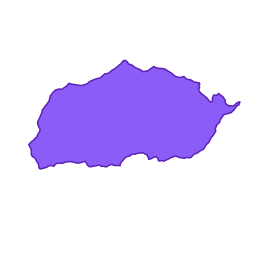 Qomoqomong, Quthing, Lesotho, rotated 121°
{"feature_id": "5366337B91724059499872", "entity_name": "Qomoqomong", "entity_type": "district", "adm_level": 2, "iso_a3": "LSO", "parent_name": "Lesotho", "parent_adm1": "Quthing", "projection": "robinson", "projection_center": [27.812, -30.459], "detail": "fine", "context": "isolated", "style": "filled", "palette": "violet", "viewbox_px": 256, "rotation_deg": 121, "n_neighbors": 0, "source": "geoboundaries", "source_scale": "gbopen_adm2", "svg_char_len": 3909}
<svg xmlns="http://www.w3.org/2000/svg" viewBox="0 0 256 256"><g transform="rotate(121 128 128)"><path d="M193.3,204.6L196.3,199.8L198.9,198.2L200.4,197.3L200.9,196.5L201.6,195.5L201.6,194.1L201.6,193.0L202.4,190.9L203.4,189.5L203.8,188.9L204.5,187.0L205.9,185.5L207.1,184.6L207.8,183.8L208.4,183.1L208.2,182.0L206.9,180.6L204.8,178.6L203.6,177.5L201.9,176.7L201.2,176.3L200.0,175.0L199.3,173.0L199.0,171.8L198.0,171.8L195.9,171.4L195.0,170.6L194.5,170.2L193.7,168.9L192.5,167.0L191.4,165.3L189.5,164.3L189.0,163.5L188.0,162.2L186.9,161.0L186.7,160.5L186.2,159.4L185.9,158.6L185.3,157.0L184.6,154.4L183.8,152.6L181.6,150.3L180.4,149.2L178.7,147.7L179.3,146.0L180.0,145.0L180.8,143.3L181.1,141.5L180.3,139.8L178.5,137.9L177.6,136.9L176.5,135.7L176.2,135.3L174.4,133.2L174.7,131.9L174.4,130.5L173.4,129.4L172.8,127.0L171.8,126.1L170.1,125.2L169.3,124.6L168.6,124.2L167.4,123.1L167.4,120.7L166.3,119.0L165.5,117.6L164.3,115.4L163.1,116.0L162.0,116.1L161.1,116.1L160.4,116.1L158.3,115.7L157.3,115.5L156.4,115.3L154.7,115.0L152.7,113.9L151.4,112.1L150.3,111.9L147.9,110.6L146.7,108.2L145.3,107.3L143.4,105.1L142.4,103.3L141.4,102.4L141.5,100.2L141.2,98.3L141.7,97.4L142.1,96.5L143.1,95.2L144.2,94.0L143.5,93.3L141.9,92.0L139.8,91.0L138.1,88.6L138.7,86.7L139.8,85.7L140.4,84.8L139.7,83.6L138.8,82.7L138.5,81.9L138.1,80.9L137.9,80.0L137.0,79.6L135.4,78.5L134.0,77.5L131.3,76.0L130.4,75.0L128.8,74.0L128.3,73.4L127.3,72.4L127.2,70.5L126.7,68.5L125.9,66.4L125.5,65.6L124.9,64.0L123.1,62.7L122.1,60.4L121.3,59.2L120.7,58.8L119.5,58.6L117.8,58.2L115.7,57.5L114.3,56.1L113.3,55.4L112.1,55.0L110.0,54.1L109.3,53.6L107.8,52.7L106.6,52.3L105.5,52.3L102.9,52.5L102.0,52.2L100.9,52.0L99.5,51.6L98.2,51.3L96.5,51.5L95.3,51.6L93.9,51.8L91.7,51.4L90.5,51.2L89.0,51.2L88.0,51.2L87.0,51.2L85.9,51.0L84.6,52.0L84.1,52.3L83.3,53.0L80.6,53.2L79.9,53.4L77.7,53.0L75.6,52.4L73.4,53.2L72.1,53.1L67.2,52.8L64.4,50.0L61.4,47.3L60.4,47.3L59.6,47.0L58.4,46.5L57.3,46.5L54.9,46.2L53.1,46.1L51.2,44.9L47.6,45.5L47.9,45.6L48.3,45.8L48.6,46.3L49.6,47.1L51.2,47.9L53.0,48.3L54.9,49.1L55.4,50.0L56.3,51.8L57.0,53.7L57.1,55.5L56.5,57.0L55.9,58.0L53.8,59.3L53.2,61.0L52.3,62.9L52.2,65.1L51.7,67.9L52.0,68.0L52.6,68.4L53.2,68.4L53.6,68.4L54.0,68.6L54.3,68.9L54.5,69.4L54.9,70.3L55.2,70.5L55.4,71.1L55.7,71.5L55.8,71.6L56.4,71.5L57.0,71.3L57.7,71.1L58.3,71.1L58.8,71.0L59.2,71.0L59.6,70.7L60.0,70.3L60.7,69.9L61.2,69.6L61.3,69.5L61.7,69.5L62.2,69.6L62.6,69.9L63.0,70.4L63.0,70.7L63.0,71.3L62.8,72.2L62.7,72.9L62.7,73.3L61.7,75.4L61.4,77.8L60.9,80.3L60.9,82.7L59.9,85.3L59.0,87.3L57.6,87.3L56.0,87.7L55.2,89.4L53.6,89.0L52.6,90.1L53.3,91.7L53.8,93.5L54.6,94.9L54.4,96.6L54.4,98.8L54.8,100.2L55.7,102.0L55.7,104.0L55.1,106.7L55.9,107.6L57.7,108.8L59.1,112.8L59.3,115.3L58.6,118.3L58.6,120.8L58.6,123.4L58.4,125.7L59.0,128.5L60.2,130.8L61.2,132.6L61.9,135.3L62.1,137.6L69.8,141.0L69.8,142.0L71.0,142.9L71.8,143.8L71.8,145.4L71.7,147.2L72.1,150.0L72.3,151.2L72.4,152.8L72.5,154.1L72.0,156.0L72.2,158.4L72.9,160.5L72.2,161.7L71.7,162.5L71.6,163.2L71.5,164.1L71.5,165.3L72.7,166.6L74.7,166.9L76.4,167.2L77.3,167.4L78.8,168.1L80.0,168.4L82.1,169.2L84.4,169.9L86.2,171.2L88.4,172.0L89.0,172.2L90.9,172.7L93.1,175.2L93.6,175.8L96.7,176.7L98.6,177.4L99.4,177.6L101.7,180.1L102.9,181.1L104.8,182.6L106.8,184.1L107.7,184.6L108.7,185.1L110.9,185.6L111.9,186.4L114.6,188.8L115.9,190.2L117.4,194.0L118.8,197.3L119.6,199.7L120.2,201.7L123.9,202.2L127.1,203.9L128.6,204.2L129.8,206.6L130.1,207.2L131.1,208.1L132.4,209.4L133.5,210.0L135.9,210.6L136.7,210.7L139.4,211.0L140.1,211.1L142.0,210.7L143.9,210.1L145.0,209.6L149.6,209.8L152.3,210.4L153.8,210.3L156.3,210.8L159.2,209.8L164.6,209.0L167.5,208.7L169.5,208.5L170.3,208.0L172.1,206.4L174.2,203.1L174.8,202.4L176.6,202.0L178.4,202.0L180.0,202.0L182.8,201.5L184.7,202.4L186.9,202.6L188.2,203.1L188.6,203.3L190.1,204.0L191.6,204.1L192.4,204.3L193.3,204.6Z" fill="#8b5cf6" stroke="#5b21b6" stroke-width="1.5"/></g></svg>